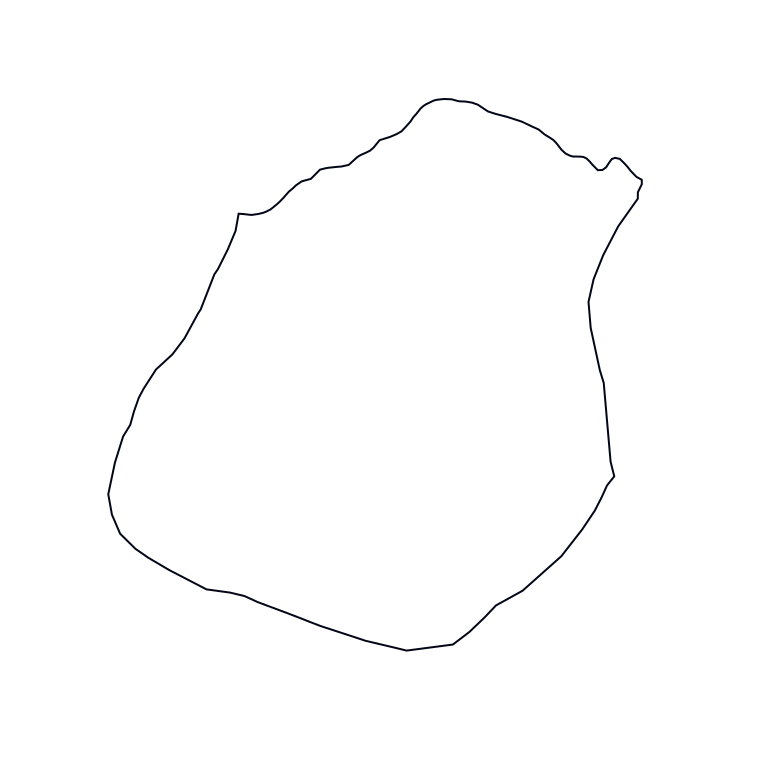 Esquipulas Palo Gordo, San Marcos, Guatemala (Mercator projection), rotated 169°
{"feature_id": "79465075B77634541568433", "entity_name": "Esquipulas Palo Gordo", "entity_type": "district", "adm_level": 2, "iso_a3": "GTM", "parent_name": "Guatemala", "parent_adm1": "San Marcos", "projection": "mercator", "projection_center": [-91.852, 14.925], "detail": "fine", "context": "isolated", "style": "outline", "palette": "ink", "viewbox_px": 768, "rotation_deg": 169, "n_neighbors": 0, "source": "geoboundaries", "source_scale": "gbopen_adm2", "svg_char_len": 1865}
<svg xmlns="http://www.w3.org/2000/svg" viewBox="0 0 768 768"><g transform="rotate(169 384 384)"><path d="M494.2,578.9L500.5,562.6L511.6,546.0L524.9,528.7L529.6,524.0L549.7,492.2L553.0,488.8L571.1,466.9L586.0,453.5L605.1,441.7L620.9,425.2L627.3,417.3L634.7,404.7L640.9,392.3L650.1,382.3L663.1,358.2L675.7,328.4L676.0,307.7L671.6,287.4L659.5,269.7L648.4,258.3L630.3,242.3L597.5,216.3L574.9,208.6L561.3,202.4L549.6,194.0L523.0,177.7L509.5,169.3L502.2,164.6L492.6,158.6L482.5,153.0L451.0,135.4L424.4,123.4L412.7,118.0L366.1,115.1L347.5,124.3L329.9,135.6L316.3,145.3L287.5,154.6L242.8,181.1L217.2,203.4L201.2,219.5L191.8,231.5L184.4,241.9L175.6,249.4L176.4,264.5L168.1,343.2L169.5,356.3L170.4,399.7L167.6,425.5L158.3,446.8L144.2,468.7L124.0,494.1L99.5,517.5L98.2,523.8L92.8,530.9L92.0,535.3L96.6,539.1L101.0,545.8L103.9,551.4L106.0,554.8L109.6,560.0L114.0,561.9L117.4,561.4L120.9,558.2L124.6,554.3L128.8,552.4L133.3,553.1L135.7,556.7L137.8,559.9L139.6,563.1L142.2,566.8L145.1,568.9L149.0,570.0L155.0,571.2L158.0,572.7L161.8,575.6L165.1,580.1L166.7,583.3L168.9,587.7L171.3,591.3L175.2,595.1L178.8,598.4L183.6,604.3L189.3,608.3L198.6,615.2L211.6,622.4L223.4,628.1L229.9,631.7L234.6,636.3L238.6,640.3L243.9,643.4L249.8,645.6L256.7,647.3L263.4,650.6L270.6,652.3L277.5,652.9L280.9,652.8L284.6,651.8L289.3,650.6L292.7,649.2L295.7,647.3L300.8,642.9L304.3,640.3L307.8,636.7L313.3,632.5L318.6,628.7L323.9,626.9L330.9,625.4L341.7,624.2L345.0,621.5L348.9,618.2L353.2,615.7L358.0,614.4L363.0,613.3L366.8,611.9L372.6,608.4L376.9,605.8L384.2,605.6L388.6,606.1L397.6,606.9L401.1,606.9L406.0,606.6L412.8,601.9L416.7,599.3L421.3,599.0L426.2,598.6L432.7,595.7L435.9,593.6L440.6,591.0L444.3,588.2L447.8,585.5L451.8,582.7L454.8,580.9L461.9,577.1L466.6,575.7L469.9,575.1L475.1,574.9L481.6,575.2L485.0,576.2L489.1,577.5L494.2,578.9Z" fill="none" stroke="#020617" stroke-width="2"/></g></svg>